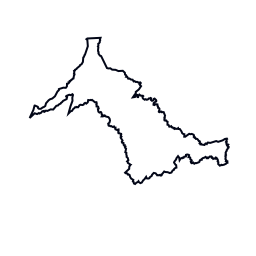 Marabá, Pará, Brazil (Equal Earth projection), rotated 227°
{"feature_id": "56859067B94284230308872", "entity_name": "Marabá", "entity_type": "district", "adm_level": 2, "iso_a3": "BRA", "parent_name": "Brazil", "parent_adm1": "Pará", "projection": "equal_earth", "projection_center": [-50.041, -5.525], "detail": "fine", "context": "isolated", "style": "outline", "palette": "ink", "viewbox_px": 256, "rotation_deg": 227, "n_neighbors": 0, "source": "geoboundaries", "source_scale": "gbopen_adm2", "svg_char_len": 5906}
<svg xmlns="http://www.w3.org/2000/svg" viewBox="0 0 256 256"><g transform="rotate(227 128 128)"><path d="M208.1,74.9L205.7,71.1L202.4,62.9L202.4,69.8L200.2,71.0L199.7,73.0L199.0,73.1L198.4,74.8L198.7,76.5L198.4,77.2L197.9,78.1L197.0,77.7L196.8,77.9L196.7,79.8L195.4,80.8L194.4,84.1L192.5,85.9L193.1,90.7L192.2,92.2L192.4,93.3L191.8,95.5L192.1,96.2L191.9,97.3L192.1,99.1L191.0,102.8L192.1,104.5L193.2,104.2L193.5,104.8L192.4,107.7L191.1,108.5L190.6,110.4L189.7,110.3L188.1,107.9L185.7,105.9L183.2,100.9L179.2,94.4L179.3,97.5L178.7,98.7L179.3,101.0L179.1,102.1L179.3,103.4L178.2,104.6L178.4,104.8L177.2,105.7L177.7,108.0L177.5,109.0L175.8,110.4L175.4,111.4L175.8,112.7L175.6,113.8L174.3,114.1L174.2,116.0L175.6,118.0L174.3,119.1L173.9,120.0L173.2,120.3L173.0,120.9L169.3,121.4L168.4,122.5L167.3,121.9L167.0,121.0L166.1,120.8L165.9,120.3L165.2,119.7L163.9,120.7L162.2,119.8L162.4,118.9L160.2,117.5L158.8,117.6L158.3,119.0L157.9,119.1L156.7,118.7L155.7,117.9L155.0,118.2L154.5,117.8L154.3,116.8L153.7,117.4L153.9,118.1L153.3,119.3L152.8,118.9L152.2,119.6L151.4,119.7L149.3,121.1L147.4,120.9L145.7,119.9L144.6,118.1L144.7,116.5L143.1,115.5L142.6,115.6L142.5,116.1L141.3,116.3L140.8,117.1L139.4,117.4L139.0,117.7L138.7,118.8L137.3,118.5L136.8,119.1L135.6,117.9L134.1,118.6L133.4,120.1L132.8,119.7L132.6,118.8L131.5,118.4L131.4,117.9L130.7,117.5L128.4,119.0L127.8,118.6L127.2,117.2L126.1,117.3L125.9,116.0L122.6,115.5L122.1,114.0L121.2,113.7L120.2,114.5L118.6,113.3L117.8,113.3L117.5,113.8L116.6,113.0L116.1,113.4L115.5,112.4L114.2,112.5L112.1,109.5L111.0,109.9L109.7,108.6L108.5,108.1L107.9,107.3L106.3,107.4L104.2,106.3L104.2,104.6L103.4,104.7L102.6,104.1L100.1,104.7L99.7,104.2L99.3,104.6L98.9,102.6L97.3,101.0L97.3,95.4L96.6,95.4L95.2,96.5L94.2,96.1L93.7,96.8L93.2,96.7L92.5,97.1L90.8,96.2L88.9,95.8L86.4,96.5L85.6,95.1L84.6,95.3L83.4,94.5L82.2,95.0L82.3,96.8L81.8,98.3L81.9,99.3L81.2,99.0L79.2,99.5L78.7,100.9L79.4,103.5L79.3,105.0L79.9,107.9L78.5,107.3L77.3,108.2L76.7,109.4L77.1,110.5L76.8,112.7L77.4,113.7L77.6,116.2L76.0,117.3L73.5,117.1L73.4,117.6L72.3,118.3L72.1,119.1L70.7,119.6L70.5,120.3L71.2,120.8L71.0,121.5L71.5,124.8L70.3,125.3L68.6,126.9L66.6,127.8L65.8,129.4L66.5,131.7L66.1,133.2L66.6,133.8L66.5,135.3L66.0,136.4L68.0,137.9L68.8,137.7L71.3,138.1L71.8,139.0L72.2,141.8L72.8,142.6L73.3,145.4L71.4,145.2L69.3,143.8L69.8,145.7L69.4,146.9L69.0,147.0L69.0,147.9L68.3,148.3L68.7,149.5L67.7,151.0L68.8,152.1L68.3,153.2L67.0,154.1L66.5,154.2L65.4,152.4L64.6,153.2L63.9,153.3L62.7,152.3L61.2,152.6L60.5,152.3L60.2,151.7L60.6,151.0L59.7,150.5L58.9,150.5L58.4,151.2L58.2,152.2L56.7,152.1L56.4,153.4L55.7,154.0L54.6,156.5L54.6,157.2L55.4,158.6L54.5,160.3L55.1,160.6L54.9,162.3L54.2,163.7L54.0,165.0L53.2,165.0L52.7,165.6L52.1,165.1L51.3,165.9L51.4,168.3L50.4,169.5L49.4,168.9L49.1,168.9L48.9,169.6L47.3,169.2L47.0,170.2L46.2,170.7L46.6,172.0L45.9,172.4L45.2,171.7L44.4,172.2L43.1,171.8L42.4,170.7L41.4,170.8L40.2,169.4L37.8,169.5L37.4,171.2L36.8,171.3L35.7,173.1L35.0,175.4L35.2,176.2L34.7,177.0L35.9,178.0L37.0,177.0L37.5,177.9L38.5,177.9L39.1,178.3L39.5,179.1L40.9,179.9L40.9,180.7L41.8,180.9L42.0,181.8L43.2,182.3L43.7,183.3L44.0,184.6L44.5,185.0L44.7,186.4L45.3,187.3L45.0,187.9L45.4,188.7L47.1,188.5L47.5,190.0L48.1,189.7L48.5,188.8L48.8,188.9L50.0,189.7L50.4,190.6L51.1,190.3L51.5,191.5L52.5,192.1L52.4,193.0L52.8,193.1L53.9,191.4L54.4,188.8L56.4,184.5L58.3,183.6L61.0,178.0L62.9,176.5L62.5,174.7L63.6,174.5L63.8,173.8L63.4,172.4L66.4,170.0L66.7,170.5L67.2,169.9L68.0,169.8L68.6,171.1L69.6,171.4L70.2,170.9L72.1,171.2L72.9,171.1L73.8,170.2L74.7,170.5L75.2,170.1L75.6,170.6L76.6,170.0L77.6,171.2L78.3,171.4L80.2,170.6L80.9,169.4L82.0,168.8L82.6,163.9L83.3,163.2L85.0,165.0L86.1,164.3L87.2,164.1L89.1,164.8L91.9,165.2L93.0,164.1L93.7,164.5L93.8,163.6L94.6,162.5L95.3,162.4L95.6,161.5L96.4,161.8L96.8,161.0L98.1,161.1L98.6,160.5L99.9,160.8L100.1,160.0L100.8,159.1L102.4,159.7L103.5,159.1L105.6,161.2L106.7,160.8L107.4,161.1L108.6,159.9L109.2,160.1L109.8,161.2L110.6,161.4L110.7,162.2L111.4,162.7L111.7,163.5L115.3,164.9L116.6,163.4L117.1,163.7L117.6,163.4L118.2,161.7L118.6,161.6L118.9,161.6L120.0,163.5L120.8,164.2L122.2,164.2L122.4,163.9L123.4,164.7L124.0,164.6L125.2,165.6L126.5,164.5L126.8,162.9L127.6,162.5L128.7,163.8L128.5,166.2L128.2,166.7L128.5,167.2L129.3,167.6L131.4,167.5L131.7,166.7L131.0,165.4L131.5,164.1L132.8,163.9L133.9,165.2L134.6,165.0L134.9,163.8L135.4,163.4L135.3,162.2L135.8,161.0L137.0,160.6L137.3,159.5L139.2,159.1L140.1,159.3L141.0,159.9L141.0,160.9L141.4,160.9L143.1,159.3L144.7,159.1L144.3,157.3L143.7,156.5L144.1,156.1L145.9,157.3L146.2,156.9L146.5,156.4L145.9,154.3L147.1,152.5L147.9,155.9L147.9,157.2L149.1,158.3L148.8,162.2L149.7,166.1L151.1,166.0L152.0,167.1L152.2,168.0L152.9,168.0L153.0,166.7L153.7,167.2L154.6,166.4L155.6,166.1L156.3,165.1L157.8,164.8L158.2,163.9L160.2,164.3L161.4,163.2L163.2,162.8L163.9,161.8L165.8,162.3L166.7,161.6L166.9,162.3L167.9,162.6L169.1,162.3L170.6,163.4L173.4,163.2L176.2,159.8L179.0,158.6L181.5,156.2L183.7,155.8L185.0,154.2L186.2,153.5L198.9,157.4L200.1,156.8L202.6,157.2L203.6,158.3L204.2,158.3L205.3,159.1L207.3,161.4L208.2,161.6L208.4,162.5L209.9,163.7L209.7,164.7L210.1,166.1L210.8,166.5L211.2,167.6L211.9,167.8L212.7,169.4L221.2,159.3L221.3,158.2L220.1,158.3L215.2,154.4L210.9,146.4L211.0,145.9L210.1,144.4L210.1,143.4L207.1,140.1L206.3,137.5L206.7,135.8L206.3,135.2L206.5,131.5L206.3,130.6L206.7,129.0L206.3,128.5L206.6,127.5L205.6,127.0L204.6,125.5L204.1,125.7L203.5,125.3L203.2,124.2L201.4,121.9L201.8,121.2L201.6,120.6L201.9,119.5L201.6,119.1L201.9,118.3L201.6,117.5L202.1,117.2L201.5,116.1L201.9,115.6L201.3,115.2L201.4,114.0L201.9,113.5L200.1,111.7L199.8,109.9L201.6,108.2L203.6,104.0L202.8,103.2L202.8,101.3L201.0,96.2L201.2,92.7L202.2,90.5L202.4,88.8L202.0,84.9L200.5,82.5L200.8,80.5L201.2,79.8L201.5,77.3L202.7,76.0L203.8,75.8L205.0,76.5L208.0,75.2L208.1,74.9Z" fill="none" stroke="#020617" stroke-width="2"/></g></svg>